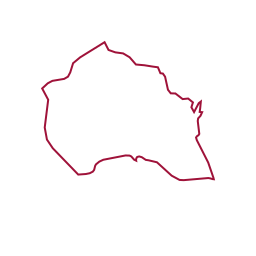 the Province of Bulacan, rotated 241°
{"feature_id": "PHL-2565", "entity_name": "Bulacan", "entity_type": "Province", "adm_level": 1, "iso_a3": "PHL", "parent_name": "Philippines", "parent_adm1": "", "projection": "orthographic", "projection_center": [120.991, 14.97], "detail": "fine", "context": "isolated", "style": "outline", "palette": "rose", "viewbox_px": 256, "rotation_deg": 241, "n_neighbors": 0, "source": "natural_earth", "source_scale": "10m", "svg_char_len": 1073}
<svg xmlns="http://www.w3.org/2000/svg" viewBox="0 0 256 256"><g transform="rotate(241 128 128)"><path d="M105.9,200.5L103.5,197.3L102.4,194.0L100.3,192.4L88.3,187.5L87.5,186.1L87.4,184.4L86.7,182.9L84.0,182.3L58.9,181.4L43.1,178.6L41.6,178.2L42.4,177.1L44.0,175.6L45.3,174.0L55.4,151.4L57.6,147.9L65.1,143.1L84.0,136.7L89.9,130.2L91.5,128.1L95.8,125.9L97.7,124.0L98.2,122.0L97.4,120.5L96.1,119.5L95.5,119.3L97.3,118.0L101.5,117.1L103.1,116.0L105.2,112.5L112.2,91.0L112.5,86.6L111.7,82.3L110.8,80.9L107.8,78.1L106.9,76.1L107.0,72.6L108.2,68.8L111.4,61.9L146.7,52.4L157.2,51.5L168.8,55.4L191.4,71.9L204.2,72.1L206.0,79.5L205.9,84.7L201.9,96.0L202.0,100.4L204.6,104.4L211.3,111.4L213.0,120.4L214.4,149.1L205.7,148.8L200.3,153.6L195.6,159.9L189.1,163.7L179.7,165.7L174.9,172.8L169.8,179.3L166.6,183.6L160.2,182.9L158.7,184.9L156.8,185.1L154.9,185.3L142.1,181.5L137.6,182.2L135.2,186.2L129.6,188.6L126.8,189.8L124.6,194.9L118.9,197.2L115.4,193.5L109.9,193.5L115.4,201.9L115.8,204.5L110.4,200.8L107.3,198.5L105.9,200.5Z" fill="none" stroke="#9f1239" stroke-width="2"/></g></svg>